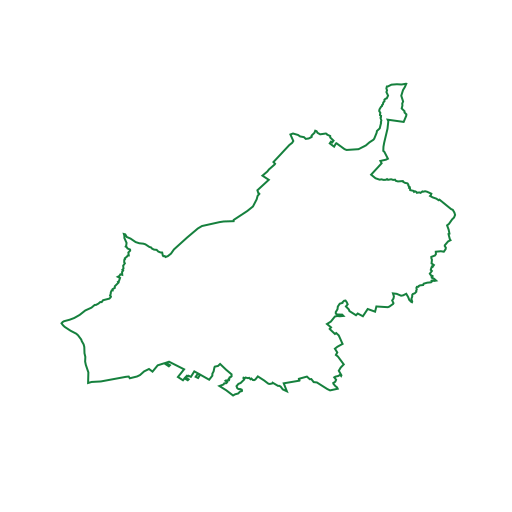 Bumbesti-Pitic, Gorj, Romania (Natural Earth projection), rotated 170°
{"feature_id": "2599482B28908245700119", "entity_name": "Bumbesti-Pitic", "entity_type": "district", "adm_level": 2, "iso_a3": "ROU", "parent_name": "Romania", "parent_adm1": "Gorj", "projection": "natural_earth1", "projection_center": [23.707, 45.117], "detail": "fine", "context": "isolated", "style": "outline", "palette": "green", "viewbox_px": 512, "rotation_deg": 170, "n_neighbors": 0, "source": "geoboundaries", "source_scale": "gbopen_adm2", "svg_char_len": 6061}
<svg xmlns="http://www.w3.org/2000/svg" viewBox="0 0 512 512"><g transform="rotate(170 256 256)"><path d="M382.3,300.6L382.1,298.7L382.5,296.6L381.2,291.4L382.0,288.8L382.7,287.9L381.7,287.1L381.3,285.8L378.9,284.2L379.0,283.1L381.1,281.6L381.2,278.6L382.4,278.7L382.9,278.0L385.6,276.5L385.5,275.7L386.4,275.0L386.9,272.7L386.4,271.6L388.5,269.5L388.7,266.6L390.0,265.6L389.4,264.7L390.7,263.5L391.0,260.7L392.7,261.5L394.0,260.1L395.7,259.5L393.7,258.0L395.3,255.1L396.4,254.5L396.0,253.7L400.3,250.7L400.6,249.1L402.9,248.3L403.1,247.0L404.1,247.2L405.3,245.4L405.6,244.1L406.6,242.3L405.9,241.4L406.2,240.7L407.8,239.5L414.3,239.0L416.0,237.4L417.4,237.7L419.4,236.5L422.1,235.6L423.4,235.8L427.0,233.7L433.6,232.0L439.9,228.6L445.8,226.5L450.6,225.6L456.4,225.1L457.8,224.6L459.2,223.5L458.1,221.3L456.7,219.4L451.6,214.6L446.5,210.7L445.0,208.8L442.6,204.0L442.4,202.5L441.1,198.9L440.9,196.2L441.8,190.0L441.6,186.3L442.6,181.7L442.5,178.4L441.3,170.5L443.4,160.1L439.7,160.5L430.6,159.4L405.0,159.6L402.3,159.4L401.5,157.5L394.1,158.0L390.9,158.9L386.2,161.8L381.0,163.3L378.0,160.1L371.8,165.4L365.0,166.3L361.0,162.5L359.7,163.4L363.2,166.5L360.0,167.0L346.5,156.9L353.9,150.4L349.5,146.3L347.6,147.9L344.8,145.5L343.8,146.2L346.7,148.7L344.8,150.1L343.9,149.3L343.3,149.8L341.1,148.3L336.8,153.1L332.7,149.8L334.4,149.5L336.4,147.5L334.2,145.9L331.6,148.9L323.6,142.3L319.8,145.7L319.4,147.7L317.8,149.7L316.2,153.7L315.7,154.2L312.5,154.3L310.1,155.9L305.2,149.2L300.6,143.7L300.9,142.9L300.8,142.0L301.4,141.4L303.0,141.1L303.9,138.9L304.4,139.5L305.5,138.1L307.1,138.7L307.7,138.4L306.2,136.9L307.3,135.9L309.4,136.1L310.3,135.1L314.6,134.3L308.7,129.0L302.8,122.6L300.7,123.4L297.4,123.7L295.2,125.3L293.4,125.4L293.1,126.2L293.3,126.9L294.6,127.7L296.4,128.0L297.4,129.1L297.8,131.2L295.5,133.1L293.2,133.6L289.1,136.4L289.0,137.0L289.6,138.0L289.4,138.3L288.1,137.6L287.4,138.1L285.1,137.1L283.9,137.2L282.8,135.6L281.8,136.1L280.6,134.4L279.4,134.1L278.1,134.5L275.1,137.1L269.6,132.0L266.2,128.3L265.2,127.7L264.0,127.6L262.0,127.7L261.6,128.3L256.9,124.3L255.6,124.1L254.4,123.1L252.8,120.0L249.1,117.4L250.8,125.8L234.9,125.7L234.7,126.1L235.2,126.9L235.1,127.6L226.8,128.4L224.4,125.3L222.9,125.2L221.1,121.8L218.0,120.9L208.9,112.6L206.4,110.8L198.6,111.1L199.0,112.5L200.5,114.2L201.9,116.6L202.0,117.5L199.8,118.4L198.6,120.2L200.0,122.9L198.7,123.4L195.6,123.6L193.8,124.5L193.0,123.1L192.6,123.7L194.4,128.6L192.0,131.4L188.4,134.0L192.8,142.8L194.5,144.7L192.7,146.9L194.4,151.0L191.6,152.5L186.0,154.4L186.3,155.4L188.3,163.4L190.4,166.2L191.8,165.5L195.5,170.5L196.1,171.4L194.5,172.7L197.9,176.7L193.7,178.4L188.8,182.7L186.4,182.8L183.9,182.1L180.3,181.8L181.3,183.3L186.2,184.3L187.4,185.4L187.2,186.9L185.0,189.4L184.2,192.0L181.8,194.5L179.0,194.8L178.8,195.4L177.0,196.6L175.6,196.6L174.7,194.8L174.1,192.5L176.2,190.7L173.9,187.3L173.5,185.5L167.8,180.3L165.8,181.7L161.2,178.1L155.2,184.4L148.4,180.5L146.2,185.4L135.1,182.7L133.5,183.0L129.3,185.0L128.8,185.7L129.6,188.6L128.0,190.2L127.2,192.3L127.6,195.4L124.0,194.3L120.0,191.7L118.0,191.7L114.6,192.7L113.3,189.2L112.7,186.2L111.1,183.9L110.4,183.4L110.1,183.9L110.4,186.8L109.2,188.9L108.9,190.6L108.2,191.3L106.1,191.7L104.3,193.0L104.3,194.0L103.5,195.0L103.6,196.7L102.9,197.7L101.4,197.5L100.9,198.2L99.6,198.6L96.4,198.4L95.7,199.6L92.0,200.0L88.3,199.7L87.1,200.4L87.3,201.2L86.9,201.3L84.8,200.5L82.9,200.5L84.6,202.7L86.7,204.1L86.7,204.8L85.7,205.2L85.6,205.7L87.0,206.5L87.9,208.4L85.4,210.7L86.3,212.0L85.1,214.4L84.2,214.5L84.3,215.3L83.2,215.4L82.4,216.2L84.4,218.2L83.4,221.7L83.7,223.5L83.5,224.7L79.7,225.4L78.5,226.6L78.2,229.0L73.1,228.6L70.3,227.6L68.1,229.8L67.6,231.2L68.4,233.1L68.2,233.8L64.3,237.0L61.7,237.8L62.2,239.0L62.6,244.2L61.6,244.4L61.7,248.5L62.5,253.0L60.4,254.1L56.5,258.0L54.3,259.5L52.8,261.9L53.1,264.4L54.2,267.3L55.7,268.3L65.5,279.6L66.4,279.2L68.5,281.2L71.9,283.1L74.1,284.9L73.2,285.6L72.5,286.9L76.4,289.6L78.2,290.4L80.4,290.3L80.9,290.7L83.0,289.6L84.2,290.3L86.6,290.3L86.9,291.2L88.0,292.0L89.2,291.7L89.4,292.7L92.7,294.1L92.6,295.9L93.3,296.4L92.7,297.1L93.3,297.6L93.2,298.0L93.8,298.9L93.6,299.9L94.2,301.2L96.6,302.2L98.3,303.6L98.4,304.3L103.3,304.8L105.3,305.8L105.8,307.0L107.7,307.1L109.6,308.1L112.8,308.1L113.6,309.0L114.8,308.5L117.2,308.8L119.1,309.7L121.0,309.7L124.8,311.8L128.5,316.1L116.2,325.5L117.0,328.0L111.2,328.3L109.2,328.9L111.5,336.3L112.4,337.4L111.5,341.5L110.1,345.3L104.4,358.5L102.3,365.7L102.7,367.4L87.3,362.4L83.7,368.0L83.3,369.4L84.8,371.5L84.6,372.8L86.9,376.0L85.7,378.7L85.5,380.8L84.3,382.6L85.1,388.6L82.4,393.9L80.1,396.5L78.1,399.5L78.3,399.6L82.8,399.6L87.5,400.7L92.9,401.2L96.6,400.1L97.7,400.2L98.5,398.4L98.2,396.4L99.1,394.8L98.1,391.0L99.9,388.5L101.1,388.4L102.4,387.6L102.6,386.1L104.0,385.1L104.7,383.3L105.7,382.7L105.9,381.8L107.0,381.2L108.9,379.0L109.5,377.4L108.7,375.4L109.4,373.6L109.4,373.0L108.5,372.3L108.9,370.8L109.4,370.4L109.0,367.7L109.8,366.1L109.7,365.4L112.0,360.2L115.2,358.1L115.8,356.4L119.2,351.0L120.2,350.1L124.6,348.2L128.6,345.8L136.5,343.4L148.4,344.7L150.3,345.9L157.2,353.1L157.7,353.0L160.1,350.1L163.8,354.1L162.3,355.6L161.2,354.6L159.6,356.1L162.3,359.8L162.1,361.3L164.9,363.2L165.3,364.1L166.0,364.5L171.7,364.7L174.0,366.6L174.7,368.4L175.9,369.1L177.0,367.2L180.1,365.1L180.6,364.4L180.4,363.7L180.6,363.5L183.7,362.6L186.7,362.7L188.1,364.7L191.8,366.1L193.6,367.9L198.3,370.2L201.0,369.7L199.3,362.8L200.7,361.2L203.9,359.5L222.5,345.5L221.2,343.5L221.9,342.8L228.2,339.0L230.2,337.2L235.7,334.0L230.2,328.8L243.2,320.5L242.7,317.0L242.1,317.0L241.9,316.6L244.0,314.9L245.5,311.7L250.4,305.3L256.8,301.8L271.7,295.4L272.0,294.2L281.8,295.6L286.0,295.7L304.0,294.9L308.5,293.2L320.7,286.1L335.7,276.7L339.3,273.1L342.8,271.2L345.3,270.7L345.9,271.8L347.3,271.9L347.7,272.7L347.8,275.7L349.5,276.1L351.5,277.4L352.8,279.3L355.3,280.0L357.1,281.3L357.8,282.6L359.4,283.4L362.9,286.7L364.8,287.7L368.7,288.8L372.1,290.6L376.5,294.9L380.0,297.2L381.0,300.0L382.3,300.6Z" fill="none" stroke="#15803d" stroke-width="2"/></g></svg>